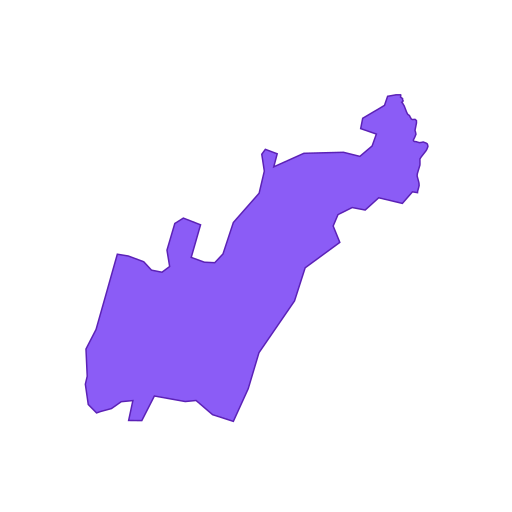 outline of Tong, Ysyk-Köl, Kyrgyzstan, rotated 106°
{"feature_id": "92254566B55303155079831", "entity_name": "Tong", "entity_type": "district", "adm_level": 2, "iso_a3": "KGZ", "parent_name": "Kyrgyzstan", "parent_adm1": "Ysyk-Köl", "projection": "natural_earth1", "projection_center": [76.22, 42.065], "detail": "fine", "context": "isolated", "style": "filled", "palette": "violet", "viewbox_px": 512, "rotation_deg": 106, "n_neighbors": 0, "source": "geoboundaries", "source_scale": "gbopen_adm2", "svg_char_len": 1568}
<svg xmlns="http://www.w3.org/2000/svg" viewBox="0 0 512 512"><g transform="rotate(106 256 256)"><path d="M115.2,124.5L108.3,121.7L106.5,121.2L103.4,120.9L102.1,121.5L101.0,122.3L100.6,123.4L100.3,126.7L101.2,128.3L102.0,130.2L102.0,132.6L101.9,133.1L102.1,134.6L102.3,135.1L102.0,136.1L101.7,136.5L101.1,136.7L97.7,136.1L96.6,136.0L94.9,135.8L93.1,136.7L91.4,137.8L87.6,138.1L83.9,138.4L81.6,139.1L80.8,140.8L81.7,143.2L81.6,144.4L79.3,146.7L78.7,147.2L78.0,149.2L76.3,150.8L70.9,154.9L69.0,156.9L68.0,158.3L67.3,157.7L66.8,157.4L66.2,157.4L65.6,158.1L64.4,158.4L64.1,158.9L63.4,160.9L62.1,161.0L61.2,161.4L62.4,165.7L66.2,173.5L75.8,174.0L94.2,191.4L104.7,190.5L105.6,173.9L118.2,174.7L131.6,183.6L132.2,200.5L144.1,238.3L165.4,263.5L151.9,263.8L150.9,276.4L156.6,278.5L172.1,271.4L194.8,270.3L230.0,287.0L263.1,288.3L273.8,293.8L276.2,303.9L275.2,317.9L241.3,317.9L239.6,336.3L247.1,343.0L274.9,343.2L289.9,336.1L297.5,341.9L298.4,352.6L292.5,362.3L291.2,378.8L292.5,389.8L335.7,389.6L370.7,389.5L392.3,393.8L418.1,385.1L426.3,384.7L445.0,376.3L450.8,366.0L448.3,362.5L442.5,352.9L433.2,345.4L428.9,334.5L449.2,333.1L445.7,320.4L418.6,315.1L415.4,283.9L411.4,273.8L420.5,254.0L421.2,232.2L385.7,226.9L348.1,226.5L288.6,206.6L253.8,205.5L219.8,179.2L205.9,190.1L193.6,188.6L182.9,176.9L181.7,163.7L166.2,154.1L165.1,129.8L151.2,123.3L150.6,118.2L149.1,118.5L145.8,118.5L143.4,118.6L141.6,119.2L140.3,119.8L134.8,123.1L133.7,123.4L132.2,123.6L123.5,123.5L122.2,123.8L119.8,124.5L117.6,125.2L115.2,124.5Z" fill="#8b5cf6" stroke="#5b21b6" stroke-width="1.5"/></g></svg>